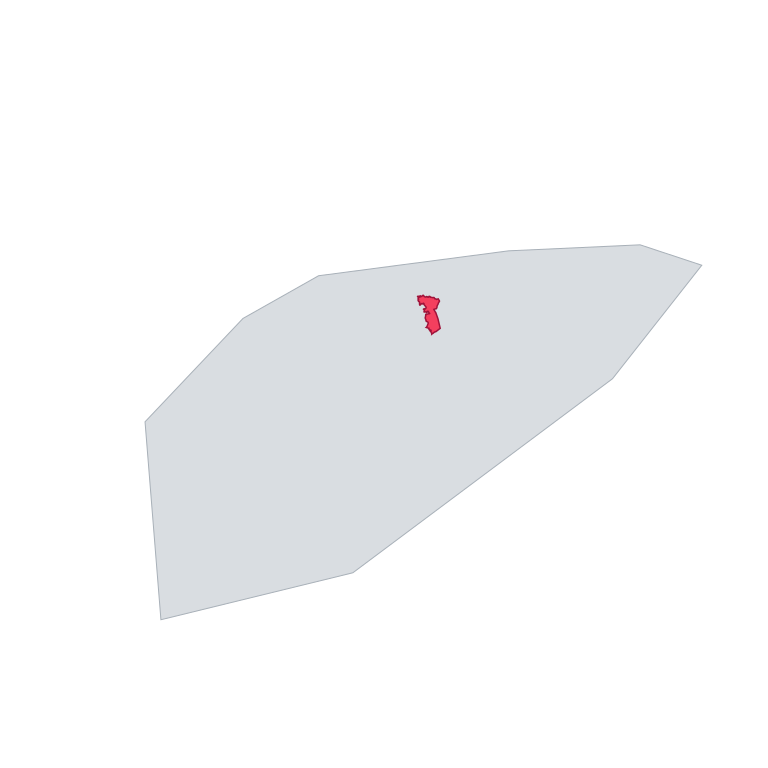 Belair, Anse-la-Raye, Saint Lucia (highlighted), rotated 51°
{"feature_id": "8701671B26789831471183", "entity_name": "Belair", "entity_type": "district", "adm_level": 2, "iso_a3": "LCA", "parent_name": "Saint Lucia", "parent_adm1": "Anse-la-Raye", "projection": "robinson", "projection_center": [-61.001, 13.953], "detail": "fine", "context": "in_parent", "style": "filled", "palette": "rose", "viewbox_px": 768, "rotation_deg": 51, "n_neighbors": 0, "source": "geoboundaries", "source_scale": "gbopen_adm2", "svg_char_len": 4538}
<svg xmlns="http://www.w3.org/2000/svg" viewBox="0 0 768 768"><g transform="rotate(51 384 384)"><path d="M511.1,527.0L426.8,705.7L263.0,593.5L244.3,452.3L258.7,366.7L358.9,203.4L437.0,97.4L491.7,62.3L523.7,203.1L511.1,527.0Z" fill="#d9dde1" stroke="#a8b0b8" stroke-width="1"/><path d="M357.1,308.6L357.4,309.0L358.0,309.6L358.2,310.0L358.6,310.4L359.0,310.6L359.6,310.8L360.0,310.9L360.5,311.0L360.9,311.2L361.0,311.4L361.3,311.5L361.5,311.6L361.8,311.7L362.2,311.5L362.5,311.4L362.9,311.2L363.2,311.0L363.5,311.0L363.8,311.0L364.0,311.0L364.3,311.2L364.6,311.5L364.9,311.7L365.1,312.2L365.7,313.3L366.1,313.9L366.3,314.3L366.4,314.7L366.6,315.1L366.6,315.4L366.6,315.6L368.8,314.2L369.0,314.0L369.3,314.3L369.4,314.5L369.7,314.6L369.8,314.6L370.0,314.6L370.4,314.4L370.5,314.4L370.6,314.6L370.8,314.7L371.1,314.3L371.2,314.0L371.4,313.8L371.5,313.7L371.9,313.7L372.0,313.9L372.1,314.2L372.2,314.5L372.2,314.8L372.3,314.8L372.5,314.6L372.7,314.4L372.8,314.5L373.0,314.6L373.4,314.8L373.7,314.9L373.9,314.9L374.0,315.0L374.3,314.9L374.7,315.0L374.9,315.2L375.2,315.3L375.3,315.4L375.3,315.0L375.4,314.7L375.4,314.1L375.5,313.8L375.4,313.1L375.4,312.6L375.5,312.0L375.6,311.8L375.6,311.5L375.6,311.3L375.8,311.1L376.0,310.7L376.1,305.3L369.1,301.9L367.2,301.0L361.0,298.8L360.9,298.9L358.4,298.5L357.4,298.3L357.6,297.9L357.7,297.6L357.9,296.8L358.2,296.4L358.4,296.1L358.2,295.4L358.0,295.0L357.6,294.4L356.9,293.8L356.4,292.9L356.1,292.0L355.1,290.4L355.1,290.1L354.6,288.9L354.5,288.7L353.8,288.5L353.5,288.5L351.9,288.3L351.4,289.9L351.1,290.0L350.8,290.0L350.5,290.2L350.2,290.4L350.1,290.5L349.9,290.7L349.9,290.8L349.5,290.8L349.0,290.7L348.6,290.7L348.4,290.7L348.3,290.9L348.0,291.0L347.9,291.1L347.8,291.4L347.7,291.5L347.5,291.8L347.3,292.0L347.1,292.2L346.8,292.3L346.5,292.6L346.2,293.0L345.9,293.3L345.6,293.2L345.3,293.2L345.0,293.2L344.9,293.3L344.7,293.4L344.5,293.5L344.4,293.7L344.3,293.8L344.4,294.0L344.6,294.4L344.6,294.6L344.5,294.8L344.4,295.0L344.2,295.2L343.9,295.1L343.7,295.3L343.6,295.5L343.3,295.6L343.2,295.7L343.0,295.8L342.9,295.8L342.8,296.1L342.9,296.3L342.8,296.6L342.7,296.8L342.5,297.0L342.1,297.3L341.7,297.5L341.2,297.7L340.9,297.6L340.5,297.6L340.2,297.6L339.9,297.6L339.7,297.7L339.6,297.8L339.6,298.0L339.6,298.4L339.6,298.7L339.6,299.3L339.6,299.7L339.5,299.9L339.3,299.9L339.2,299.9L339.0,300.0L339.0,300.3L338.8,300.5L338.7,300.5L338.6,300.4L338.4,300.3L338.2,300.4L338.2,300.5L338.3,300.7L338.4,300.9L338.6,301.1L339.0,301.1L339.1,301.4L339.0,301.6L338.9,301.6L338.5,301.7L338.4,301.7L338.1,301.7L337.8,301.7L337.7,301.8L337.5,302.0L337.2,302.4L337.1,302.5L337.1,302.8L337.3,302.9L337.6,302.8L337.8,302.7L338.0,302.6L338.4,302.9L338.6,303.1L338.7,303.3L338.9,303.6L339.1,303.7L339.2,303.8L339.3,303.7L339.5,303.6L339.8,303.7L339.9,303.8L339.9,304.1L339.9,304.3L340.1,304.5L340.3,304.8L340.6,304.8L340.8,304.8L341.1,304.9L341.2,305.0L341.3,305.1L341.6,305.2L341.8,305.1L342.0,305.0L342.1,304.9L342.3,304.8L342.5,304.8L342.8,304.8L343.0,304.9L343.1,305.0L343.3,305.3L343.5,305.5L344.0,305.9L344.2,306.0L344.4,306.2L344.7,306.3L344.8,306.4L345.0,306.4L345.2,306.5L345.3,306.5L345.4,306.3L345.4,306.0L345.4,305.9L345.4,305.7L345.3,305.4L345.0,304.8L345.0,304.6L345.0,304.4L345.4,304.2L345.5,304.2L345.8,303.9L346.0,303.7L346.1,303.4L346.0,303.2L345.9,302.9L345.9,302.7L346.1,302.6L346.3,302.5L346.4,302.4L346.5,302.4L346.7,302.5L346.8,302.5L346.9,302.8L347.0,302.8L347.3,302.9L347.6,302.9L348.9,302.9L349.2,302.9L349.8,302.9L350.3,302.9L350.6,302.9L350.8,303.0L351.1,303.2L351.3,303.3L351.4,303.6L351.4,303.8L351.5,304.1L351.6,304.4L351.6,304.6L351.5,304.8L351.3,305.0L351.2,305.1L350.9,305.2L350.8,305.3L350.8,305.5L350.7,305.7L350.7,305.9L350.7,306.2L350.8,306.3L351.1,306.2L351.3,306.0L351.5,305.9L351.9,305.9L352.0,306.1L352.2,306.4L352.3,306.6L352.5,306.8L352.7,307.0L352.8,307.2L353.0,307.3L353.2,307.5L353.3,307.5L353.4,307.4L353.5,307.3L353.5,307.2L353.7,306.9L353.8,306.7L354.0,306.4L354.1,306.2L354.4,306.0L354.6,306.0L354.8,306.0L354.9,305.9L355.1,305.9L355.3,305.7L355.3,305.3L355.2,305.2L354.9,304.9L354.8,304.7L354.9,304.4L355.0,304.2L355.3,304.0L355.5,303.9L355.9,304.0L356.1,304.0L356.3,304.2L356.5,304.2L356.9,304.2L357.2,304.1L357.4,304.1L357.8,304.1L358.0,304.2L358.0,304.3L357.9,304.4L357.8,304.6L357.5,305.0L357.4,305.3L357.3,305.6L357.2,305.9L357.0,306.3L356.8,306.5L356.5,306.9L356.4,307.1L356.2,307.4L356.2,307.5L356.3,307.7L356.3,307.8L356.5,307.9L356.5,308.0L356.8,308.2L356.8,308.3L357.0,308.5L357.1,308.6Z" fill="#f43f5e" stroke="#9f1239" stroke-width="1.5"/></g></svg>